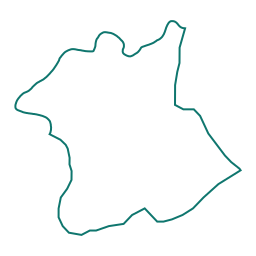 the district of Chosan, Chagang-do, North Korea
{"feature_id": "82179303B68159150924260", "entity_name": "Chosan", "entity_type": "district", "adm_level": 2, "iso_a3": "PRK", "parent_name": "North Korea", "parent_adm1": "Chagang-do", "projection": "natural_earth1", "projection_center": [125.757, 40.773], "detail": "fine", "context": "isolated", "style": "outline", "palette": "teal", "viewbox_px": 256, "rotation_deg": 0, "n_neighbors": 0, "source": "geoboundaries", "source_scale": "gbopen_adm2", "svg_char_len": 5452}
<svg xmlns="http://www.w3.org/2000/svg" viewBox="0 0 256 256"><path d="M49.6,134.2L60.5,139.8L65.7,144.8L67.7,148.6L69.6,157.8L69.5,164.4L71.6,171.0L71.5,179.9L67.2,188.7L60.8,197.5L58.6,208.5L58.6,217.3L62.7,226.1L68.9,232.7L81.5,234.9L89.9,230.5L96.2,230.5L108.9,226.1L123.6,223.9L132.1,215.0L144.7,208.4L157.2,221.6L163.5,221.6L171.9,219.4L182.5,215.0L193.0,208.4L203.6,197.4L218.4,184.1L240.6,170.3L239.5,168.7L231.2,162.1L224.9,155.5L216.6,144.5L208.3,133.5L200.1,115.9L193.8,109.3L183.3,109.3L175.0,104.9L175.1,85.1L177.3,71.8L179.5,63.0L179.6,47.6L185.1,28.3L184.3,28.2L183.8,28.2L183.3,28.1L182.8,28.0L182.3,27.9L181.8,27.7L181.4,27.5L181.1,27.4L180.7,27.1L180.2,26.8L179.8,26.5L179.5,26.1L179.0,25.7L178.7,25.3L178.6,25.2L178.3,24.8L178.0,24.5L177.7,24.0L177.4,23.6L176.9,23.3L176.6,22.8L176.2,22.5L175.8,22.2L175.4,22.0L175.0,21.7L174.6,21.5L174.2,21.4L173.8,21.3L173.4,21.2L172.9,21.1L172.5,21.1L172.0,21.1L171.4,21.1L171.0,21.2L170.5,21.3L170.3,21.5L169.9,21.7L169.6,21.9L169.3,22.2L169.1,22.4L168.8,22.7L168.6,23.0L168.3,23.4L168.1,23.8L167.8,24.3L167.4,24.9L167.0,25.9L166.7,26.4L166.5,27.0L166.2,27.6L166.0,28.2L165.9,28.7L165.7,29.1L165.6,29.7L165.3,30.2L165.2,30.8L164.9,31.5L164.7,32.2L164.3,33.0L164.0,33.9L163.8,34.2L163.5,34.7L163.1,35.4L162.7,36.0L162.3,36.6L161.8,37.2L161.3,37.7L160.6,38.3L160.0,38.8L159.3,39.3L158.7,39.6L158.1,39.9L157.3,40.2L156.6,40.6L156.1,41.1L155.4,41.5L154.8,41.9L154.2,42.3L153.6,42.7L153.0,43.0L152.3,43.3L151.6,43.6L150.9,43.9L150.2,44.1L149.6,44.4L149.1,44.6L148.4,44.8L147.8,45.0L147.2,45.2L146.5,45.4L145.7,45.7L145.1,45.9L144.3,46.2L143.7,46.4L143.1,46.6L142.5,46.8L142.1,47.0L141.7,47.2L141.4,47.4L141.1,47.7L140.8,48.2L140.5,48.7L140.3,49.1L140.0,49.5L139.7,50.0L139.4,50.4L139.2,50.7L138.8,51.0L138.5,51.5L138.1,51.9L137.7,52.3L137.2,52.6L136.8,53.0L136.2,53.3L135.7,53.6L135.2,53.9L134.9,54.1L134.4,54.4L133.4,55.1L132.9,55.4L132.3,55.7L131.7,55.9L131.2,56.1L130.7,56.3L130.2,56.3L129.8,56.3L128.9,56.3L128.4,56.1L128.1,56.1L127.7,55.9L127.2,55.8L126.8,55.6L126.2,55.3L125.7,55.1L124.6,54.4L124.4,54.3L124.0,54.0L123.7,53.7L123.4,53.4L123.1,53.0L122.9,52.5L122.8,52.1L122.7,51.6L122.7,51.0L122.8,50.3L122.8,49.7L122.9,49.3L123.1,49.0L123.2,48.6L123.5,48.1L123.7,47.5L123.8,47.1L123.9,46.7L123.9,46.1L123.9,45.4L123.9,44.8L123.8,44.1L123.6,43.5L123.4,43.0L123.1,42.4L122.8,41.8L122.4,41.4L122.0,40.8L121.4,40.4L121.0,39.9L120.6,39.5L120.1,39.0L119.7,38.5L119.2,38.0L118.8,37.6L118.3,37.3L117.8,36.9L117.3,36.4L116.8,36.0L116.3,35.7L115.9,35.4L115.4,35.1L115.0,34.9L114.5,34.6L114.0,34.3L113.3,33.9L112.5,33.6L111.5,33.2L110.9,33.0L110.3,32.9L109.5,32.8L108.9,32.7L108.3,32.6L107.5,32.5L106.9,32.3L106.4,32.3L105.7,32.2L104.3,32.2L103.7,32.3L103.1,32.5L102.6,32.8L102.0,33.1L101.5,33.4L101.0,33.7L100.6,34.0L100.1,34.4L99.6,34.9L99.3,35.3L99.0,35.6L98.8,36.0L98.7,36.4L98.4,36.8L98.1,37.2L97.8,37.7L97.5,38.2L97.1,38.5L96.9,38.9L96.6,39.4L96.4,40.0L96.2,40.4L96.1,41.0L95.9,41.6L95.8,42.2L95.7,42.7L95.6,43.4L95.5,44.0L95.5,44.8L95.4,45.6L95.3,46.5L95.1,47.0L94.9,47.7L94.6,48.3L94.4,49.0L94.2,49.4L94.0,49.7L93.8,50.3L93.6,50.8L93.3,51.1L92.8,51.3L92.2,51.4L90.7,51.4L89.8,51.4L88.9,51.3L88.3,51.3L87.7,51.3L86.8,51.2L86.1,51.2L85.4,51.1L84.2,50.9L83.7,50.8L83.1,50.7L82.5,50.6L81.8,50.5L81.2,50.3L80.5,50.2L79.7,50.1L78.8,50.0L77.9,49.9L77.2,49.7L76.5,49.6L75.8,49.4L75.1,49.3L74.3,49.2L73.7,49.1L73.1,49.1L72.4,49.1L71.7,49.2L71.1,49.3L70.5,49.5L69.9,49.7L69.4,49.9L68.8,50.1L68.1,50.4L67.7,50.6L67.1,50.9L66.6,51.2L66.0,51.5L65.5,51.8L65.1,52.1L64.6,52.5L64.2,52.9L63.8,53.3L63.4,53.7L63.1,54.1L62.8,54.5L62.3,54.9L62.0,55.4L61.6,55.8L61.3,56.1L61.1,56.5L60.9,56.8L60.5,57.3L60.2,57.6L59.9,58.0L59.6,58.5L59.4,59.0L59.3,59.3L59.2,59.8L59.0,60.4L58.7,61.0L58.3,61.6L58.0,62.2L57.6,62.9L57.4,63.3L56.9,64.0L56.6,64.6L56.2,65.2L55.7,65.9L55.3,66.6L54.9,67.1L54.5,67.7L54.1,68.3L53.8,68.8L53.4,69.3L53.0,69.8L52.7,70.2L52.3,70.7L51.8,71.2L51.0,72.1L50.4,72.8L49.9,73.4L49.4,74.0L48.8,74.5L48.3,75.1L47.8,75.6L47.3,76.1L46.7,76.7L46.2,77.2L45.6,77.6L45.0,78.1L44.4,78.6L43.9,79.0L43.4,79.4L42.7,79.8L41.9,80.2L41.3,80.6L40.4,81.0L39.7,81.4L38.6,82.1L37.9,82.4L37.4,82.7L36.8,83.1L36.3,83.5L35.9,83.9L35.4,84.3L34.8,84.9L34.3,85.3L33.8,85.8L33.2,86.4L32.6,86.9L32.2,87.5L31.7,88.1L31.2,88.7L30.7,89.1L30.2,89.5L29.8,89.9L29.3,90.3L28.7,90.8L28.0,91.2L27.4,91.5L26.8,91.8L26.3,92.0L25.6,92.3L24.8,92.6L24.2,92.8L23.7,93.2L23.0,93.6L22.5,94.0L22.0,94.5L21.5,95.0L21.0,95.4L20.5,95.9L20.0,96.5L19.6,97.0L19.3,97.4L18.9,97.8L18.5,98.3L18.0,99.0L17.7,99.4L17.4,99.9L17.1,100.4L16.8,101.0L16.6,101.4L16.4,102.0L16.1,102.7L16.0,103.3L15.8,103.8L15.6,104.3L15.5,104.9L15.4,105.6L15.4,106.2L15.4,107.0L15.5,107.7L15.7,108.3L16.1,108.8L16.4,109.2L16.8,109.5L17.2,109.8L17.7,110.1L18.3,110.3L19.0,110.6L19.8,110.9L20.9,111.3L21.8,111.6L22.5,112.0L23.5,112.3L24.3,112.5L24.7,112.6L25.7,112.8L26.6,113.0L27.6,113.1L28.5,113.3L29.5,113.4L30.2,113.5L30.9,113.6L31.8,113.7L33.4,114.0L34.2,114.0L35.1,114.2L36.0,114.3L36.9,114.5L37.7,114.7L38.6,114.9L39.5,115.1L40.3,115.3L40.8,115.5L41.4,115.6L42.0,115.8L42.7,116.0L43.4,116.3L44.1,116.6L44.8,116.9L45.6,117.2L46.2,117.6L46.7,117.9L47.2,118.3L47.7,118.8L48.3,119.3L48.8,119.9L49.3,120.5L49.8,121.1L50.1,121.9L50.3,122.7L50.5,123.2L50.6,123.8L50.8,124.5L50.8,125.3L50.9,126.0L51.0,126.8L51.1,127.5L51.0,128.8L51.0,129.6L50.9,130.3L50.7,131.0L50.6,131.6L50.5,132.2L50.3,132.7L50.1,133.2L49.8,133.8L49.6,134.2Z" fill="none" stroke="#0f766e" stroke-width="2"/></svg>